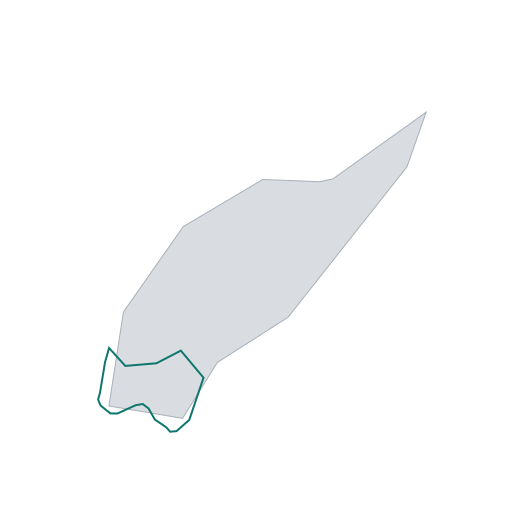 Airai highlighted on a map of Palau, rotated 29°
{"feature_id": "PLW-5245", "entity_name": "Airai", "entity_type": "state/province", "adm_level": 1, "iso_a3": "PLW", "parent_name": "Palau", "parent_adm1": "", "projection": "mercator", "projection_center": [134.557, 7.394], "detail": "fine", "context": "in_parent", "style": "outline", "palette": "teal", "viewbox_px": 512, "rotation_deg": 29, "n_neighbors": 0, "source": "natural_earth", "source_scale": "10m", "svg_char_len": 610}
<svg xmlns="http://www.w3.org/2000/svg" viewBox="0 0 512 512"><g transform="rotate(29 256 256)"><path d="M270.5,433.6L200.1,458.5L167.2,369.2L178.1,265.5L224.8,185.8L275.5,160.3L285.9,151.2L335.1,47.7L344.8,104.8L313.7,294.1L273.8,367.8L270.5,433.6Z" fill="#d9dde1" stroke="#a8b0b8" stroke-width="1"/><path d="M269.1,387.9L277.1,431.7L271.4,447.7L266.1,451.3L260.4,449.3L246.8,448.1L235.9,441.4L228.7,440.4L223.3,444.6L211.1,461.0L204.9,464.3L192.4,462.1L187.5,458.1L185.8,451.1L175.5,422.2L172.1,407.7L195.0,415.5L220.9,398.1L236.1,375.2L269.1,387.9Z" fill="none" stroke="#0f766e" stroke-width="2"/></g></svg>